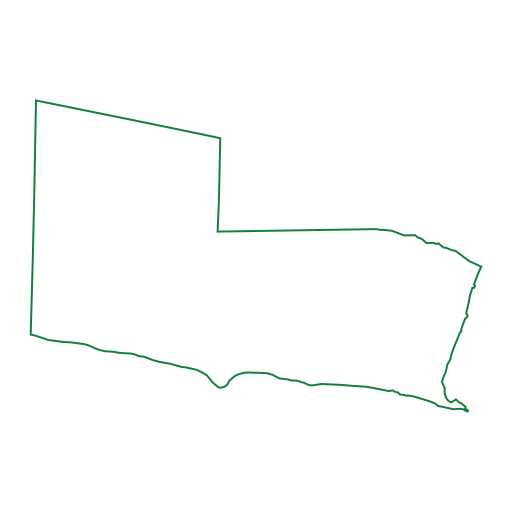 Aleipata itupa i Luga, Atua, Samoa (Robinson projection)
{"feature_id": "51752279B27667429376440", "entity_name": "Aleipata itupa i Luga", "entity_type": "district", "adm_level": 2, "iso_a3": "WSM", "parent_name": "Samoa", "parent_adm1": "Atua", "projection": "robinson", "projection_center": [-171.453, -14.031], "detail": "fine", "context": "isolated", "style": "outline", "palette": "green", "viewbox_px": 512, "rotation_deg": 0, "n_neighbors": 0, "source": "geoboundaries", "source_scale": "gbopen_adm2", "svg_char_len": 1603}
<svg xmlns="http://www.w3.org/2000/svg" viewBox="0 0 512 512"><path d="M30.7,334.5L35.3,335.6L48.4,340.0L62.7,341.9L71.0,342.4L84.8,344.2L89.2,345.6L94.7,348.2L100.4,350.2L104.7,351.2L112.9,351.7L120.4,353.0L130.6,353.5L134.7,354.4L139.0,356.2L144.2,356.7L152.2,359.9L159.6,361.9L169.4,363.6L181.5,366.9L185.8,367.4L197.0,369.9L203.1,373.0L206.7,375.2L213.0,382.8L218.6,387.4L221.2,387.6L224.8,386.6L227.2,384.8L229.3,380.8L234.4,376.3L238.4,374.3L244.5,372.7L247.5,372.5L266.2,373.1L272.7,374.8L279.2,378.4L287.8,379.4L291.8,380.6L296.5,380.5L304.7,383.1L307.9,384.7L311.5,385.5L321.7,384.0L341.5,384.9L353.0,385.9L365.8,386.7L372.4,387.8L389.1,391.1L392.5,390.3L394.8,391.7L398.2,392.6L399.6,394.4L405.0,395.1L406.4,395.9L407.4,395.4L414.6,396.7L429.0,401.1L434.7,403.2L438.3,406.1L442.0,406.7L453.3,409.2L460.1,408.8L462.4,409.0L467.4,411.5L468.1,410.7L465.2,408.3L465.6,406.9L461.1,403.1L459.3,402.6L456.0,399.5L451.1,402.4L448.4,400.8L446.2,398.1L444.6,392.9L444.7,388.0L441.9,382.0L443.8,376.1L445.6,372.6L447.3,364.7L450.3,359.4L451.4,354.2L453.4,348.7L460.0,332.6L461.4,331.4L461.2,329.0L465.2,318.5L467.0,317.2L467.6,315.1L466.2,313.5L468.6,303.1L469.9,295.9L472.4,287.7L474.1,287.8L475.1,285.9L474.0,284.6L478.0,273.7L481.3,266.7L469.3,261.2L455.5,250.9L451.7,250.1L446.1,247.8L443.3,247.5L438.5,243.4L435.6,243.9L434.0,242.9L426.6,243.1L421.8,238.9L417.7,237.3L415.0,235.2L404.0,235.4L392.1,230.8L384.9,230.0L379.4,229.8L376.7,229.1L217.6,231.6L218.9,200.7L219.6,168.6L220.3,138.2L153.5,124.3L36.0,100.5L34.3,191.9L32.8,258.1L30.7,334.5Z" fill="none" stroke="#15803d" stroke-width="2"/></svg>